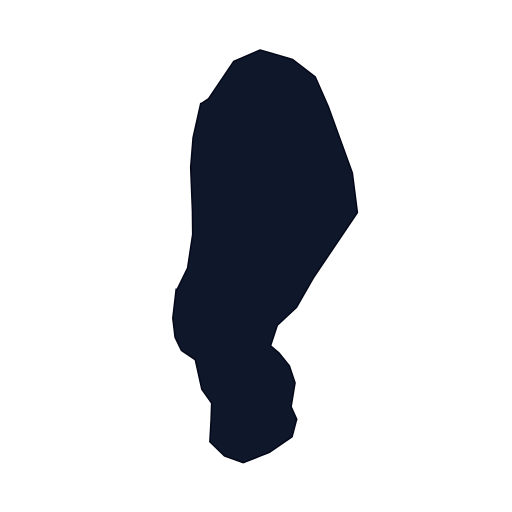 Kungälv, Västra Götaland, Sweden, rotated 124°
{"feature_id": "70781695B99737060400485", "entity_name": "Kungälv", "entity_type": "district", "adm_level": 2, "iso_a3": "SWE", "parent_name": "Sweden", "parent_adm1": "Västra Götaland", "projection": "robinson", "projection_center": [11.966, 57.915], "detail": "fine", "context": "isolated", "style": "filled", "palette": "ink", "viewbox_px": 512, "rotation_deg": 124, "n_neighbors": 0, "source": "geoboundaries", "source_scale": "gbopen_adm2", "svg_char_len": 695}
<svg xmlns="http://www.w3.org/2000/svg" viewBox="0 0 512 512"><g transform="rotate(124 256 256)"><path d="M328.2,303.6L354.1,290.2L368.7,277.6L376.0,265.0L376.0,248.3L396.8,226.4L402.8,210.5L417.5,201.3L435.8,190.4L439.4,170.3L434.5,151.0L422.3,142.6L421.9,142.4L411.3,135.1L385.7,125.0L371.4,130.0L368.6,130.9L361.3,142.6L339.3,152.7L328.4,166.9L323.5,182.8L322.3,193.7L301.5,199.6L275.9,193.7L241.7,196.2L205.1,196.2L163.3,196.2L133.3,222.5L110.8,253.4L91.7,279.6L74.4,307.0L72.6,335.6L82.9,367.8L107.1,383.3L152.2,383.3L160.8,386.9L160.8,387.0L193.0,374.4L219.1,359.7L254.5,333.7L273.5,320.6L304.2,306.0L327.8,302.7L328.2,303.6Z" fill="#0f172a" stroke="#020617" stroke-width="1.5"/></g></svg>